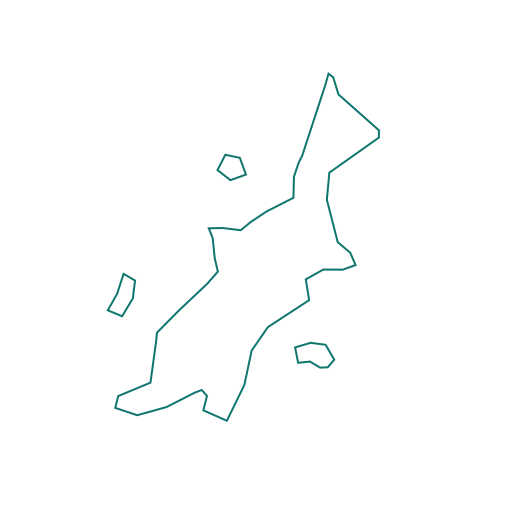 the district of St. Thomas, United States Virgin Islands, United States of America, rotated 114°
{"feature_id": "52423323B95364314409049", "entity_name": "St. Thomas", "entity_type": "district", "adm_level": 2, "iso_a3": "USA", "parent_name": "United States of America", "parent_adm1": "United States Virgin Islands", "projection": "mercator", "projection_center": [-64.939, 18.341], "detail": "fine", "context": "isolated", "style": "outline", "palette": "teal", "viewbox_px": 512, "rotation_deg": 114, "n_neighbors": 0, "source": "geoboundaries", "source_scale": "gbopen_adm2", "svg_char_len": 967}
<svg xmlns="http://www.w3.org/2000/svg" viewBox="0 0 512 512"><g transform="rotate(114 256 256)"><path d="M418.4,215.6L378.5,214.2L344.1,221.5L316.1,216.2L274.7,189.5L257.1,201.0L241.0,189.0L233.2,171.2L223.8,161.4L214.7,171.2L210.1,187.0L175.7,214.2L150.0,222.9L97.8,191.9L91.2,194.8L74.9,246.3L61.3,258.2L60.0,263.9L71.8,262.2L145.6,254.6L153.4,255.0L168.0,253.6L187.6,245.5L210.8,264.3L226.8,274.5L238.7,280.5L244.0,297.9L249.9,310.4L257.2,302.9L274.8,292.8L285.8,284.5L301.3,289.3L336.4,304.0L366.3,315.3L374.0,312.7L414.6,300.9L440.0,324.9L452.0,322.8L449.8,299.8L430.5,276.4L405.9,256.5L400.5,251.1L403.7,243.9L418.4,241.3L418.4,215.6ZM308.8,156.3L313.1,170.8L323.6,183.1L336.4,174.1L330.5,163.7L331.9,152.0L328.5,145.2L318.9,142.3L308.8,156.3ZM327.6,356.5L326.2,369.7L347.0,367.5L365.9,369.3L365.5,353.8L344.8,351.3L327.6,356.5ZM172.9,310.7L176.0,325.2L193.2,326.1L197.1,310.2L185.7,298.3L172.9,310.7Z" fill="none" stroke="#0f766e" stroke-width="2"/></g></svg>